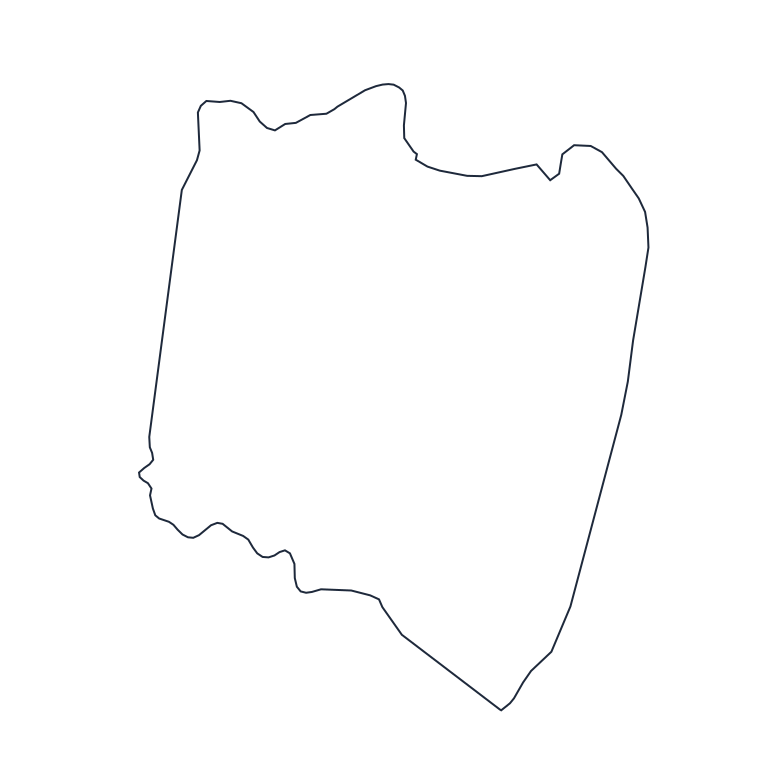 the border of Saramacca, rotated 102°
{"feature_id": "SUR-73", "entity_name": "Saramacca", "entity_type": "District", "adm_level": 1, "iso_a3": "SUR", "parent_name": "Suriname", "parent_adm1": "", "projection": "mercator", "projection_center": [-55.645, 5.696], "detail": "fine", "context": "isolated", "style": "outline", "palette": "slate", "viewbox_px": 768, "rotation_deg": 102, "n_neighbors": 0, "source": "natural_earth", "source_scale": "10m", "svg_char_len": 1527}
<svg xmlns="http://www.w3.org/2000/svg" viewBox="0 0 768 768"><g transform="rotate(102 384 384)"><path d="M152.3,399.6L158.0,399.6L162.3,386.7L163.7,373.8L163.1,346.0L160.4,331.6L146.3,300.6L137.5,280.4L150.1,263.8L141.9,256.4L131.8,256.9L122.3,257.3L110.9,247.7L108.2,231.3L111.9,219.0L125.2,201.7L130.7,193.2L141.5,181.9L149.5,173.4L161.4,164.4L176.2,158.7L195.5,153.7L215.4,152.6L289.7,149.4L331.0,146.0L364.8,145.5L562.9,155.4L611.1,164.6L634.1,180.5L647.0,185.9L664.4,191.5L670.1,194.4L678.8,201.5L678.3,203.0L625.6,314.4L602.6,339.2L595.7,344.1L593.6,353.6L592.8,373.1L597.9,402.9L602.4,411.3L604.4,416.8L604.2,422.4L600.4,427.1L592.4,430.9L578.6,434.2L569.2,440.8L567.3,446.3L570.1,451.2L574.5,455.5L577.6,460.9L578.4,466.8L576.0,472.8L571.2,478.2L564.4,484.4L561.9,490.2L559.8,501.9L554.3,512.8L554.5,518.2L558.1,523.8L570.3,533.5L574.1,538.6L574.7,543.9L573.1,549.8L569.4,555.6L565.5,560.7L563.5,565.7L562.3,576.0L560.0,580.4L553.8,584.2L541.6,589.7L534.6,589.7L530.1,594.3L528.5,599.1L525.8,603.6L521.5,605.2L515.8,600.9L511.2,596.6L506.1,594.0L499.6,596.5L494.6,599.9L484.6,602.6L236.2,622.1L204.0,613.5L193.9,612.9L157.1,622.5L150.0,621.0L144.1,616.6L142.3,603.3L138.9,593.1L139.0,581.8L145.1,568.2L153.1,560.1L157.9,551.7L158.6,543.4L150.2,534.7L146.9,524.5L136.2,512.0L131.6,496.5L125.5,489.7L122.4,487.2L100.6,463.6L94.3,453.7L91.4,447.6L89.7,442.0L89.2,436.8L90.8,430.9L93.0,426.7L97.8,423.4L104.6,420.9L126.9,418.3L139.3,415.3L150.5,403.4L152.3,399.6Z" fill="none" stroke="#1e293b" stroke-width="2"/></g></svg>